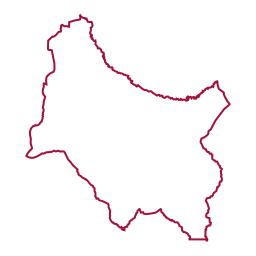 the district of Maswa, Simiyu, United Republic of Tanzania
{"feature_id": "72390352B27931879401730", "entity_name": "Maswa", "entity_type": "district", "adm_level": 2, "iso_a3": "TZA", "parent_name": "United Republic of Tanzania", "parent_adm1": "Simiyu", "projection": "albers", "projection_center": [33.824, -3.202], "detail": "fine", "context": "isolated", "style": "outline", "palette": "rose", "viewbox_px": 256, "rotation_deg": 0, "n_neighbors": 0, "source": "geoboundaries", "source_scale": "gbopen_adm2", "svg_char_len": 5746}
<svg xmlns="http://www.w3.org/2000/svg" viewBox="0 0 256 256"><path d="M26.4,155.9L28.5,157.2L31.0,157.8L33.3,157.8L37.6,156.2L42.4,153.3L43.7,153.6L46.4,152.3L49.8,152.1L51.0,151.7L51.7,151.9L54.1,150.7L55.8,151.5L57.4,150.9L58.3,150.8L60.6,151.6L62.6,151.3L64.0,151.6L64.6,152.2L68.2,159.6L70.6,162.1L73.1,165.5L77.6,169.5L77.1,171.1L78.5,173.6L78.5,174.5L79.2,175.2L80.9,176.1L82.4,177.7L84.5,178.5L85.0,179.2L86.0,179.4L86.4,180.0L87.2,180.3L90.7,184.7L92.9,185.9L93.1,187.0L94.6,188.3L94.5,190.9L95.4,192.8L95.5,195.5L95.2,196.4L95.8,197.0L96.5,198.7L98.0,198.4L98.9,199.9L99.6,200.3L102.9,201.3L108.1,203.8L108.6,205.2L108.6,207.3L110.2,210.8L109.8,214.9L110.2,215.8L109.7,217.7L110.8,220.6L112.6,222.7L113.4,222.6L114.4,223.8L116.3,224.0L116.7,224.6L117.6,224.8L117.8,225.6L120.1,227.6L120.8,227.6L121.5,227.0L122.0,227.8L121.8,228.9L122.2,229.5L124.3,230.1L124.2,229.6L124.6,229.3L124.1,227.7L125.5,226.9L127.2,226.7L127.4,225.2L128.1,224.8L128.4,224.0L129.4,223.6L129.5,221.5L131.2,220.2L131.7,220.2L132.3,219.3L134.9,217.6L134.9,216.6L136.0,214.5L136.2,213.3L137.2,212.8L137.6,210.7L139.2,209.2L139.6,209.1L139.8,209.5L140.9,212.6L143.1,212.2L143.8,213.7L147.1,214.1L155.2,212.8L158.5,210.8L159.0,210.1L160.6,209.1L161.0,209.4L161.4,212.0L163.1,213.3L163.8,214.8L164.3,214.8L164.3,215.5L165.3,216.2L165.7,216.9L166.4,217.1L166.7,218.0L168.8,218.9L170.0,220.0L171.2,219.9L171.4,220.5L172.0,220.0L172.4,220.1L172.6,220.6L173.9,221.2L174.4,222.0L175.0,222.3L177.6,222.4L179.2,224.7L179.4,226.0L181.8,227.2L182.1,230.5L182.7,231.3L183.8,232.2L185.0,232.1L187.7,233.7L188.8,235.7L189.9,236.4L190.1,238.3L190.0,238.8L189.4,239.1L189.5,239.4L204.5,239.4L205.4,239.4L206.9,240.6L207.4,239.8L207.2,238.9L206.3,237.7L206.3,237.0L205.2,236.5L205.5,234.7L205.4,231.0L206.1,229.9L205.6,229.5L206.5,227.9L206.4,226.7L207.5,226.3L208.7,225.4L209.8,225.6L210.6,224.5L210.9,222.8L210.1,222.6L209.7,221.9L209.5,218.2L207.0,217.5L206.5,217.2L206.2,216.5L206.2,214.9L206.8,213.5L208.4,212.3L208.0,210.5L208.8,209.2L208.9,208.3L207.4,203.4L205.8,200.9L206.8,198.3L210.1,197.6L210.5,196.4L211.7,196.5L213.0,195.1L213.1,194.1L214.0,192.7L216.4,191.0L216.7,189.3L217.2,188.6L217.2,187.2L218.2,186.9L218.5,186.2L219.3,185.6L219.7,184.3L219.5,182.8L219.9,182.0L220.3,181.6L221.2,181.6L221.6,181.1L221.4,180.7L221.9,179.8L221.8,177.9L221.0,176.4L221.6,174.6L221.0,173.7L221.0,172.1L220.7,171.4L221.9,168.9L220.1,167.6L220.1,166.2L218.9,165.2L217.2,161.6L215.6,161.6L215.0,160.6L214.0,160.3L212.4,159.0L212.2,157.9L212.4,155.2L212.0,155.0L211.6,153.9L211.3,153.6L209.7,153.7L208.9,152.0L207.4,151.9L206.6,151.2L206.1,149.5L205.5,149.5L204.1,148.3L203.5,148.3L201.4,143.5L200.7,142.7L200.6,141.3L201.4,138.6L203.9,137.5L207.3,135.2L208.4,133.6L208.4,131.5L209.0,130.7L210.8,129.4L215.3,120.8L224.1,109.1L228.9,105.1L229.6,104.3L229.5,103.9L227.7,101.7L224.7,96.5L223.8,94.2L223.8,92.6L218.8,88.9L217.6,84.9L217.4,81.4L217.1,81.3L216.1,81.6L215.9,82.4L214.7,82.5L214.7,83.2L213.7,83.8L213.8,84.5L212.9,85.7L213.5,86.5L213.3,87.0L211.9,86.3L210.8,87.5L209.0,87.6L208.2,88.5L207.9,87.8L207.6,87.8L207.0,88.6L206.5,88.5L205.7,89.0L205.2,89.3L205.0,90.2L203.9,90.7L203.5,91.5L202.8,91.1L202.9,91.9L201.9,92.8L201.6,92.8L201.5,93.3L200.7,93.4L200.0,94.1L199.0,96.1L198.6,95.0L197.4,95.8L196.7,96.6L197.5,96.8L197.6,97.1L196.9,97.4L196.1,98.4L195.6,97.8L195.1,97.9L194.7,98.7L194.3,98.6L194.5,97.8L194.1,97.8L194.0,97.0L193.8,96.9L191.8,97.6L191.5,98.3L191.2,98.0L191.3,97.3L190.2,96.8L189.3,97.5L188.6,97.3L188.4,96.7L187.9,96.5L187.6,97.1L186.9,97.3L186.6,97.8L186.7,98.3L187.2,98.5L187.5,99.0L188.3,98.9L188.4,99.5L188.0,100.2L187.0,100.3L186.7,100.6L185.8,100.5L185.2,99.9L184.3,99.6L182.6,99.7L182.1,100.0L181.1,99.0L180.7,98.9L180.3,99.9L178.7,99.9L178.0,98.9L176.7,99.4L176.4,98.8L175.7,99.4L174.9,99.1L173.7,99.5L172.2,98.0L171.4,98.1L170.7,98.7L169.8,97.6L168.8,97.4L168.0,96.5L166.2,96.7L164.8,97.9L164.3,97.9L162.5,97.0L162.4,95.8L161.2,95.6L159.9,96.0L159.4,94.9L159.0,94.7L157.0,95.6L152.8,92.8L151.2,91.3L150.6,91.2L149.4,91.5L148.5,91.4L146.4,90.1L144.2,89.9L142.3,88.8L138.1,85.2L137.2,86.3L136.8,86.5L136.3,86.3L136.2,85.5L133.8,84.5L131.1,82.6L131.4,82.0L132.3,81.2L132.3,80.9L130.4,80.5L130.1,78.9L129.8,78.4L128.7,78.8L128.2,78.5L128.0,77.3L128.3,75.8L126.1,75.4L125.0,74.7L123.7,74.8L123.1,74.0L121.8,73.4L120.7,73.4L119.2,72.7L117.6,72.9L117.3,72.0L116.9,71.7L115.4,71.4L114.2,70.5L112.6,69.9L112.3,69.3L112.6,68.0L112.0,67.3L110.3,67.5L108.2,66.4L108.8,65.6L107.5,64.1L106.3,63.9L105.9,62.7L105.0,61.9L104.9,59.6L104.1,59.2L103.5,57.8L104.3,57.5L104.1,56.4L102.8,56.3L102.8,55.8L103.9,54.5L103.5,52.6L102.5,52.4L101.4,51.6L101.1,49.7L99.7,48.3L97.8,48.4L97.7,47.2L95.4,44.2L95.7,42.3L95.4,40.6L94.5,41.1L93.9,40.9L93.2,39.8L91.8,38.6L92.3,38.0L90.6,36.7L90.9,36.0L92.0,35.6L92.0,35.3L91.6,34.7L90.4,34.1L90.1,33.1L91.0,29.8L90.7,27.7L91.8,27.1L92.6,25.6L91.8,22.2L91.5,21.9L89.6,22.1L87.9,21.8L86.8,19.5L85.8,19.1L86.2,18.5L82.5,17.6L80.8,16.3L80.2,15.4L79.9,15.9L80.5,16.9L80.1,19.2L79.8,19.5L73.7,20.7L69.2,22.2L69.1,26.8L66.2,26.1L64.5,26.3L63.1,25.4L62.0,24.8L61.7,25.0L61.0,25.8L61.3,26.5L60.7,28.9L61.0,30.5L60.8,31.5L58.5,32.0L55.5,35.5L53.8,36.6L52.4,36.6L48.2,40.6L48.0,49.2L48.5,49.8L51.8,50.2L54.4,63.7L54.5,69.1L53.7,71.7L50.2,73.4L47.6,75.7L46.4,77.6L46.1,79.9L46.4,84.3L45.5,83.8L43.8,83.4L43.6,83.6L43.8,86.4L42.7,90.4L42.7,92.2L43.4,94.5L45.2,96.8L43.8,101.3L43.5,104.7L42.8,107.6L43.6,109.3L43.6,111.0L42.9,112.7L43.0,114.5L42.5,115.5L43.0,116.6L42.5,117.5L42.6,118.3L41.6,121.6L41.0,121.7L39.3,124.2L37.6,125.2L35.9,125.5L35.3,125.1L34.5,125.9L33.2,126.1L31.2,128.2L30.8,129.2L29.9,131.5L30.0,134.7L30.8,138.5L30.7,143.5L32.1,148.0L31.6,148.9L29.8,150.7L27.7,153.3L26.4,155.9Z" fill="none" stroke="#9f1239" stroke-width="2"/></svg>